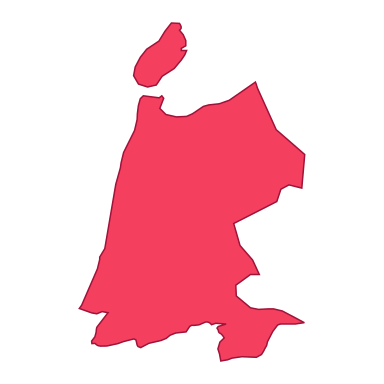 the Province of Noord-Holland
{"feature_id": "NLD-3486", "entity_name": "Noord-Holland", "entity_type": "Province", "adm_level": 1, "iso_a3": "NLD", "parent_name": "Netherlands", "parent_adm1": "", "projection": "natural_earth1", "projection_center": [4.92, 52.678], "detail": "fine", "context": "isolated", "style": "filled", "palette": "rose", "viewbox_px": 384, "rotation_deg": 0, "n_neighbors": 0, "source": "natural_earth", "source_scale": "10m", "svg_char_len": 1949}
<svg xmlns="http://www.w3.org/2000/svg" viewBox="0 0 384 384"><path d="M81.7,305.1L97.4,268.9L99.7,259.5L99.7,257.1L104.8,248.6L115.8,184.2L120.4,167.8L121.1,162.8L123.6,152.5L134.6,130.4L137.1,119.6L137.4,113.4L138.4,105.5L140.3,98.7L143.3,95.8L159.2,97.8L161.8,95.8L163.7,98.3L159.8,108.4L165.9,114.5L176.4,116.9L186.6,116.4L192.4,113.8L203.4,106.4L208.8,104.9L219.1,103.8L229.2,100.3L255.4,82.1L255.5,82.5L256.0,83.5L257.0,86.7L257.4,87.9L257.4,88.0L276.2,129.7L304.7,154.5L304.7,154.9L301.8,188.1L288.9,184.9L280.9,189.2L276.8,201.5L233.7,223.5L240.0,245.5L252.6,260.0L259.3,274.5L250.5,274.5L235.8,285.2L236.3,296.0L250.5,307.8L258.5,309.4L268.1,308.9L273.6,308.9L282.4,311.0L304.4,322.7L304.0,322.7L295.2,324.0L280.7,324.0L278.6,324.6L277.5,325.2L272.8,331.4L267.5,341.7L266.6,345.6L265.2,348.0L263.4,351.5L261.5,354.5L256.4,357.3L242.0,356.7L232.2,358.1L227.6,359.8L220.8,361.0L219.5,353.9L217.9,348.9L219.9,342.1L224.2,337.9L222.9,335.9L222.3,335.2L221.7,334.5L221.1,333.9L220.2,333.3L219.5,333.0L219.0,332.5L218.6,331.8L218.3,330.5L217.9,329.5L217.0,328.1L218.2,326.5L226.1,324.0L215.7,323.3L211.5,324.7L210.3,323.3L209.0,322.5L207.5,322.0L205.6,322.0L199.1,324.8L194.2,325.4L191.8,325.3L190.6,325.9L189.7,326.4L186.1,331.9L175.8,333.0L170.1,335.2L166.2,338.4L161.0,340.5L148.9,343.3L140.7,347.6L138.0,346.5L137.1,345.0L136.0,340.1L135.3,339.6L134.0,338.9L123.4,341.6L117.9,343.6L106.8,346.0L100.4,346.1L98.7,345.8L97.4,345.4L94.9,343.4L91.9,343.6L91.6,341.1L94.9,336.8L96.1,332.3L96.4,329.2L96.7,327.7L97.1,326.9L108.0,312.7L102.1,311.6L96.8,313.8L92.1,313.0L90.6,312.5L79.3,308.5L81.7,305.1ZM181.3,48.4L181.3,50.5L186.6,50.5L184.8,54.8L181.4,59.9L174.2,68.5L162.1,76.3L156.3,85.0L147.6,87.0L138.5,84.1L133.6,75.7L135.2,67.0L140.3,57.3L146.7,49.2L158.9,41.1L165.0,31.2L171.4,23.0L179.5,23.4L180.6,25.3L181.2,27.0L181.0,28.6L179.5,30.2L183.2,34.7L185.8,40.6L185.8,45.8L181.3,48.4Z" fill="#f43f5e" stroke="#9f1239" stroke-width="1.5"/></svg>